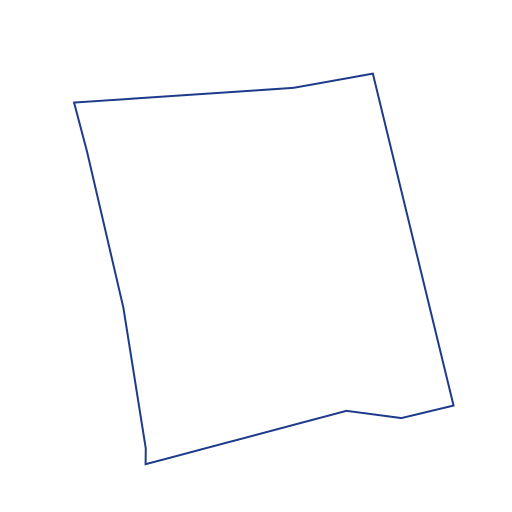 outline of 41, Ad Dawhah, Qatar, rotated 256°
{"feature_id": "91078587B71009022079997", "entity_name": "41", "entity_type": "district", "adm_level": 2, "iso_a3": "QAT", "parent_name": "Qatar", "parent_adm1": "Ad Dawhah", "projection": "equal_earth", "projection_center": [51.529, 25.26], "detail": "fine", "context": "isolated", "style": "outline", "palette": "blue", "viewbox_px": 512, "rotation_deg": 256, "n_neighbors": 0, "source": "geoboundaries", "source_scale": "gbopen_adm2", "svg_char_len": 336}
<svg xmlns="http://www.w3.org/2000/svg" viewBox="0 0 512 512"><g transform="rotate(256 256 256)"><path d="M404.7,413.5L404.7,412.8L404.8,412.1L410.1,333.1L448.9,116.6L398.0,117.3L237.9,114.8L96.0,102.5L83.3,99.2L83.0,99.1L80.7,98.5L83.9,306.2L63.6,357.7L63.1,411.5L404.7,413.5Z" fill="none" stroke="#1e3a8a" stroke-width="2"/></g></svg>